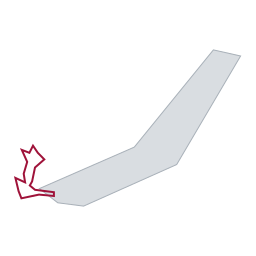 where Sandys sits in Bermuda
{"feature_id": "BMU-5141", "entity_name": "Sandys", "entity_type": "state/province", "adm_level": 1, "iso_a3": "BMU", "parent_name": "Bermuda", "parent_adm1": "", "projection": "albers", "projection_center": [-64.87, 32.287], "detail": "fine", "context": "in_parent", "style": "outline", "palette": "rose", "viewbox_px": 256, "rotation_deg": 0, "n_neighbors": 0, "source": "natural_earth", "source_scale": "10m", "svg_char_len": 489}
<svg xmlns="http://www.w3.org/2000/svg" viewBox="0 0 256 256"><path d="M176.7,164.5L83.6,206.1L57.8,202.8L39.3,188.6L134.3,147.1L213.4,49.9L240.6,56.0L176.7,164.5Z" fill="#d9dde1" stroke="#a8b0b8" stroke-width="1"/><path d="M21.4,198.3L18.6,191.2L15.4,177.9L25.1,182.4L23.7,173.7L27.2,161.9L21.8,149.9L29.4,152.8L33.0,145.7L37.8,152.8L44.3,159.4L35.0,167.5L32.1,181.4L29.8,185.5L35.0,189.8L53.9,192.2L53.9,196.0L39.0,194.6L21.4,198.3Z" fill="none" stroke="#9f1239" stroke-width="2"/></svg>